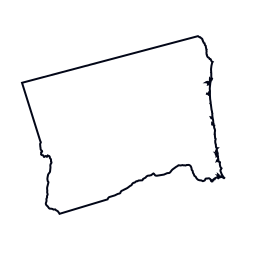 an SVG outline of Oregon, rotated 166°
{"feature_id": "USA-3525", "entity_name": "Oregon", "entity_type": "State", "adm_level": 1, "iso_a3": "USA", "parent_name": "United States of America", "parent_adm1": "", "projection": "orthographic", "projection_center": [-121.855, 44.128], "detail": "fine", "context": "isolated", "style": "outline", "palette": "ink", "viewbox_px": 256, "rotation_deg": 166, "n_neighbors": 0, "source": "natural_earth", "source_scale": "10m", "svg_char_len": 5456}
<svg xmlns="http://www.w3.org/2000/svg" viewBox="0 0 256 256"><g transform="rotate(166 128 128)"><path d="M31.9,168.4L33.2,165.0L33.8,162.0L34.0,161.8L33.9,161.2L34.9,157.1L34.7,155.8L34.5,155.5L35.2,154.5L35.6,154.4L36.0,154.1L36.4,154.2L36.4,154.6L36.4,155.5L36.6,155.9L36.9,154.9L36.8,154.6L36.9,154.0L37.1,153.7L37.4,153.5L37.7,152.7L38.3,151.9L38.8,151.7L39.1,151.7L39.2,152.0L39.1,153.0L39.3,153.4L40.1,153.6L40.8,153.6L41.1,153.5L40.3,153.3L39.9,152.9L39.8,151.9L39.4,151.5L39.5,151.1L39.7,150.8L39.4,150.8L38.8,150.9L38.6,151.3L37.7,151.8L37.5,152.4L36.5,153.8L36.2,153.7L37.2,151.9L38.8,147.5L39.2,146.2L39.6,143.8L39.8,143.6L40.5,143.3L41.0,142.4L41.2,142.0L41.3,141.7L41.4,141.3L41.6,141.2L41.7,141.4L42.0,142.0L43.0,142.3L43.1,142.1L42.7,142.0L42.3,141.8L41.7,140.7L41.2,140.8L40.9,141.1L40.9,141.8L40.6,142.5L40.1,142.9L39.8,143.0L40.5,140.3L41.3,136.2L41.6,132.8L41.7,132.5L42.0,132.3L42.2,132.0L41.8,131.1L41.9,130.7L42.5,125.7L42.5,123.7L42.7,122.5L42.6,121.7L42.9,121.1L43.4,118.2L43.9,117.6L44.2,117.5L44.6,118.1L45.0,118.3L44.8,117.3L44.3,117.0L43.4,117.7L43.5,116.5L43.5,115.3L44.1,111.5L44.5,111.1L44.9,111.2L45.3,111.9L45.4,111.5L45.5,111.3L45.5,111.0L45.2,110.9L45.0,111.1L44.5,110.7L44.0,111.2L43.9,111.1L44.2,110.1L44.3,109.7L44.2,109.4L43.8,109.3L43.9,109.1L44.1,108.8L44.3,107.5L44.3,106.8L44.2,106.2L44.0,105.8L44.2,104.8L44.2,104.2L44.5,103.7L44.7,103.0L45.0,102.4L45.1,101.5L45.5,101.1L45.5,100.7L45.3,100.4L45.6,99.3L45.9,96.8L45.6,96.4L45.7,96.0L45.9,95.4L46.4,94.7L46.8,93.0L46.9,91.3L46.7,90.9L47.0,89.5L47.2,88.1L46.9,87.0L46.6,86.8L46.2,86.7L46.7,86.4L47.0,85.9L47.1,84.9L47.4,84.1L47.5,84.2L47.3,85.4L47.7,85.0L48.0,84.5L48.3,84.1L47.4,83.5L47.1,82.9L47.1,81.4L47.4,80.7L47.6,79.6L47.7,79.3L47.7,80.4L47.9,81.3L48.3,81.4L48.5,81.8L49.0,82.1L48.9,81.9L49.2,81.3L49.1,80.6L48.9,80.4L48.8,80.0L49.0,79.2L48.3,79.4L47.5,78.7L47.9,77.1L47.9,76.2L48.5,75.7L48.5,75.0L48.5,74.8L49.3,75.1L49.5,74.9L49.7,74.6L49.3,74.7L49.0,74.6L48.8,74.2L48.6,74.3L48.5,74.6L48.3,74.7L48.2,75.5L48.0,75.8L48.1,74.5L48.0,73.5L47.9,73.2L47.5,72.9L47.4,72.6L47.4,72.4L47.1,72.4L47.1,72.1L47.4,71.7L47.5,71.2L47.7,70.5L47.8,68.5L47.7,67.7L47.5,67.0L47.0,66.3L47.3,66.0L47.5,65.8L47.7,65.4L48.4,64.9L48.7,63.8L48.4,61.5L48.2,60.2L47.3,57.4L46.6,56.3L46.7,56.2L47.0,56.1L47.4,56.5L47.2,56.7L47.4,57.1L47.8,57.1L48.2,57.3L48.9,57.8L49.0,58.1L49.3,58.1L49.4,58.5L50.2,58.8L50.9,58.8L51.1,59.0L51.3,59.3L51.4,60.0L51.4,60.4L51.7,60.8L51.7,59.4L52.2,59.7L51.6,58.6L51.4,58.5L50.7,58.4L50.3,58.1L50.2,57.9L50.4,57.9L51.3,57.9L51.8,57.7L52.6,57.4L53.5,58.6L54.0,58.6L56.1,58.1L56.5,57.9L56.0,57.7L56.3,57.3L56.9,57.4L57.9,56.8L58.0,56.5L58.4,56.5L59.2,56.7L59.5,57.1L60.3,57.8L60.5,58.5L61.5,59.6L62.9,59.8L63.5,59.8L64.0,60.0L64.5,60.1L65.1,59.9L65.8,59.0L66.4,58.5L68.0,58.3L68.4,58.4L68.8,58.8L69.9,59.6L70.6,59.7L71.4,60.1L72.1,60.5L72.7,61.0L73.1,61.6L73.5,62.3L73.8,63.0L74.1,64.3L75.1,65.5L75.2,66.0L75.4,67.6L75.8,68.8L75.7,70.1L75.7,70.9L76.2,71.8L76.3,72.2L76.1,73.6L76.2,74.9L76.4,75.7L76.6,76.2L77.0,76.7L77.5,77.2L78.1,77.5L80.0,77.9L81.0,77.7L81.3,77.7L82.1,78.1L83.3,78.4L84.0,78.8L86.0,78.9L87.9,79.6L88.4,79.5L88.8,79.2L90.6,78.7L94.8,77.0L95.8,76.4L97.4,75.1L98.4,74.5L99.1,74.4L100.9,74.7L104.4,74.1L111.5,74.7L112.6,75.1L113.1,75.5L113.9,77.3L114.3,77.7L114.8,77.6L117.0,76.6L117.9,76.7L118.7,76.6L119.3,76.8L120.3,76.9L121.8,76.5L123.0,75.6L124.7,75.2L125.8,74.8L125.9,74.5L126.1,74.3L126.7,73.9L126.9,73.8L130.5,74.5L130.8,74.4L131.6,74.1L132.8,74.3L133.1,74.2L134.8,73.4L135.9,73.5L136.2,73.4L136.9,73.1L137.5,72.7L138.2,71.9L138.6,71.6L139.7,71.4L143.2,69.9L149.6,68.5L150.6,67.7L151.2,66.8L151.6,66.6L152.2,66.5L153.9,66.5L157.1,65.8L163.0,65.5L164.1,64.9L165.1,63.7L215.2,61.3L215.5,62.4L216.3,64.3L217.8,65.7L218.3,66.6L220.1,66.9L220.8,67.7L222.3,68.4L223.3,68.6L224.0,69.2L224.3,69.9L224.8,71.2L225.8,72.8L226.0,73.5L226.1,74.2L225.9,74.9L225.6,75.4L224.9,76.5L224.5,77.7L224.4,78.8L223.3,80.3L223.1,81.5L222.3,82.5L222.0,83.1L222.0,83.9L222.0,85.3L221.5,86.5L221.2,88.6L220.8,89.9L218.4,94.4L218.3,94.7L218.4,95.1L218.7,95.6L218.7,96.3L218.6,97.9L218.4,98.6L217.9,99.8L216.8,102.1L216.0,102.9L214.6,104.0L214.2,104.6L214.0,105.1L213.4,106.8L212.9,108.1L212.7,108.8L212.5,110.1L212.3,110.8L212.0,111.4L211.7,111.8L211.2,112.1L211.0,112.3L211.0,112.7L210.5,113.3L210.8,114.2L210.4,115.6L210.4,116.3L210.5,116.7L210.9,117.4L211.0,117.8L210.9,119.0L211.1,119.6L211.5,120.0L212.5,120.7L213.1,119.8L213.4,119.7L213.7,119.7L214.3,120.6L214.8,120.7L216.2,120.2L216.5,120.3L216.6,120.6L216.7,121.4L216.9,121.8L217.0,122.0L218.0,122.5L218.5,123.0L218.7,123.3L218.4,123.9L218.4,124.7L218.3,125.1L218.1,125.5L217.9,125.6L217.2,125.7L217.0,126.0L217.0,126.6L217.7,127.7L217.9,128.4L217.9,128.8L217.7,129.7L217.6,131.1L217.4,132.2L217.3,133.0L217.1,133.8L216.8,134.3L216.3,134.8L216.0,135.3L216.2,136.1L216.3,136.8L219.9,197.5L37.9,200.2L37.4,199.6L36.4,198.6L36.0,198.6L34.9,197.0L34.6,196.8L34.4,196.3L34.5,195.6L34.2,195.0L34.3,194.1L34.0,193.4L34.0,192.6L33.6,191.9L33.2,191.6L33.3,190.0L32.7,188.8L32.8,188.1L32.9,187.7L32.9,186.6L33.0,185.8L32.7,185.1L33.1,184.6L33.2,183.3L33.6,182.4L33.9,180.8L33.9,180.1L33.7,179.8L33.9,179.1L33.5,177.5L33.3,177.2L32.6,176.7L32.3,176.1L32.1,175.2L31.7,174.9L31.3,174.9L31.1,174.5L30.8,172.6L30.6,172.2L30.3,171.9L29.9,171.6L30.4,171.2L31.9,168.4ZM59.3,55.8L59.6,55.8L60.2,56.5L60.3,57.0L60.2,57.3L59.6,56.8L59.4,56.5L59.3,56.0L59.3,55.8Z" fill="none" stroke="#020617" stroke-width="2"/></g></svg>